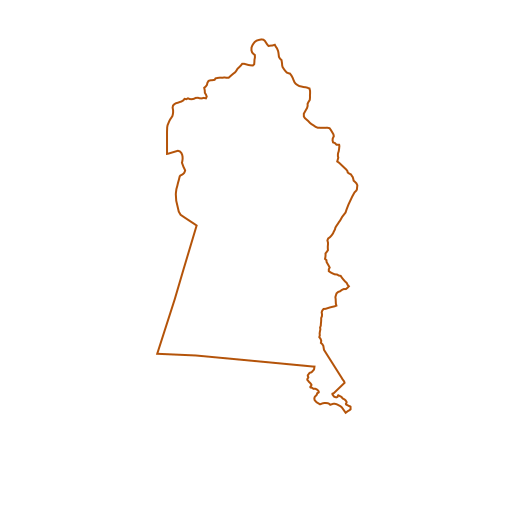 Su-Ngai Padi, Narathiwat, Thailand, rotated 147°
{"feature_id": "78962969B52628429870613", "entity_name": "Su-Ngai Padi", "entity_type": "district", "adm_level": 2, "iso_a3": "THA", "parent_name": "Thailand", "parent_adm1": "Narathiwat", "projection": "mercator", "projection_center": [101.895, 6.128], "detail": "fine", "context": "isolated", "style": "outline", "palette": "amber", "viewbox_px": 512, "rotation_deg": 147, "n_neighbors": 0, "source": "geoboundaries", "source_scale": "gbopen_adm2", "svg_char_len": 5928}
<svg xmlns="http://www.w3.org/2000/svg" viewBox="0 0 512 512"><g transform="rotate(147 256 256)"><path d="M125.7,304.0L127.9,305.5L128.3,307.7L129.5,309.3L128.8,311.3L127.6,312.8L125.5,314.1L124.8,315.9L124.7,317.8L124.6,321.1L124.7,323.1L126.3,324.7L128.4,326.0L130.9,327.6L134.4,330.0L135.7,331.9L136.6,334.2L137.7,336.5L138.3,338.4L138.7,340.8L139.4,343.2L139.9,345.0L139.9,346.9L138.4,349.3L134.2,351.5L132.6,352.3L130.9,353.8L129.9,355.5L128.3,356.5L125.9,357.6L124.4,359.5L123.2,361.4L121.9,363.2L120.7,365.1L119.9,367.4L120.6,368.1L121.1,369.0L122.5,370.5L124.0,371.7L125.6,373.4L127.2,375.0L128.2,377.0L128.9,378.8L129.1,380.6L128.7,383.1L128.2,385.6L128.0,388.1L128.2,390.6L129.0,391.3L130.3,393.1L130.7,395.7L130.8,397.7L130.8,400.0L130.2,401.7L129.3,403.3L127.9,406.4L128.4,408.5L128.3,410.5L126.5,414.2L125.8,416.0L125.3,418.8L125.4,421.0L125.2,422.9L127.6,423.6L129.4,424.6L131.1,425.3L131.4,427.4L131.4,431.7L132.0,433.4L133.5,434.7L136.1,435.7L138.2,436.3L140.5,436.2L142.5,435.5L144.4,434.6L146.3,433.2L147.8,431.0L148.4,428.8L148.1,427.0L147.5,425.2L148.7,423.2L150.5,421.3L151.6,419.7L153.1,417.8L154.9,417.5L156.5,418.7L158.3,420.3L161.2,423.6L162.9,424.7L165.0,424.0L167.3,423.5L169.5,423.1L171.8,422.0L173.6,421.4L175.5,421.3L178.0,421.0L180.0,420.7L181.8,420.4L183.6,421.5L185.3,423.0L187.1,423.8L188.9,425.1L190.9,426.1L193.2,427.0L194.8,426.3L196.8,427.2L198.6,428.2L200.4,428.7L202.3,427.8L204.0,426.2L205.9,425.5L207.8,425.3L208.8,422.8L210.0,420.7L210.1,418.4L210.5,416.6L212.1,415.5L213.8,417.1L215.6,417.7L217.2,418.8L218.5,420.3L220.4,421.4L222.6,421.7L224.5,422.5L226.1,423.7L227.2,425.3L229.0,425.4L230.3,426.7L232.2,426.1L234.5,426.2L236.2,426.7L238.1,427.1L239.8,427.7L241.7,427.8L243.6,427.4L245.1,425.9L246.2,423.3L247.3,421.6L248.5,420.2L249.9,418.9L251.9,418.0L253.6,417.3L255.2,416.4L257.4,414.9L259.0,413.8L260.4,412.3L261.8,410.3L263.0,408.6L275.0,390.1L274.1,389.7L264.2,386.8L262.9,385.2L262.5,383.1L262.8,381.1L263.5,379.3L264.6,377.5L266.2,375.6L267.3,374.6L268.3,370.2L268.4,369.1L268.8,366.4L269.6,365.7L271.0,364.8L272.5,364.5L274.1,364.5L275.5,364.7L276.5,364.4L277.2,363.8L279.2,361.9L281.5,359.9L283.9,357.6L286.3,355.5L288.6,352.8L289.6,351.5L292.8,345.8L296.6,335.3L296.8,331.6L294.6,326.4L291.9,320.2L290.3,316.6L289.2,313.9L324.5,283.9L347.7,264.0L392.1,227.8L360.6,205.3L268.6,132.4L267.2,131.4L268.6,129.8L269.2,129.2L269.5,129.1L271.7,128.5L272.5,128.3L273.0,128.3L273.4,128.4L273.8,128.6L274.1,128.7L274.7,128.7L275.2,128.6L275.5,128.6L275.9,128.4L276.7,128.0L277.3,127.9L277.5,127.8L277.7,127.6L277.9,127.1L278.0,126.8L278.1,126.0L278.2,125.7L278.3,125.6L278.5,125.5L279.7,125.0L280.1,124.7L280.3,124.4L280.4,124.2L280.4,123.9L280.3,123.5L280.2,122.7L280.2,122.1L280.2,121.8L280.0,121.1L279.8,120.3L279.7,119.7L279.6,118.5L279.6,117.9L279.7,117.7L280.0,117.4L280.8,117.0L281.5,116.8L281.8,116.6L281.9,116.4L281.9,116.1L281.8,115.9L281.2,115.4L281.0,115.2L280.8,115.0L280.3,113.7L280.1,113.3L279.9,113.1L279.7,113.0L279.4,112.9L279.0,112.7L278.9,112.6L278.6,112.4L277.8,111.2L277.6,110.7L277.5,110.4L277.4,110.1L277.3,109.7L277.2,108.8L277.2,108.4L277.3,108.1L277.4,107.8L277.5,107.6L277.9,107.4L278.2,107.4L278.4,107.4L278.9,107.5L279.1,107.6L279.4,107.5L279.5,107.5L279.7,107.3L280.4,106.7L280.6,106.6L280.8,106.5L281.2,106.3L281.5,106.3L283.2,105.9L283.6,105.7L284.0,105.4L284.7,104.7L284.8,104.4L285.1,103.8L285.2,103.6L285.3,103.0L285.2,102.4L285.0,101.2L284.9,100.5L284.5,99.6L283.3,97.2L283.2,96.9L282.9,96.7L282.3,96.6L281.7,96.4L281.0,96.3L280.5,96.2L279.3,95.7L278.9,95.6L278.4,95.3L276.9,94.2L276.4,93.8L276.1,93.5L275.9,93.3L275.7,93.1L275.5,92.8L274.9,91.6L274.9,91.3L274.8,90.8L272.1,90.1L271.8,90.0L270.8,89.5L270.6,89.3L270.2,88.9L269.5,88.2L269.1,87.7L268.6,86.9L267.3,84.6L266.9,83.8L266.7,83.1L266.5,82.5L266.4,81.6L266.4,81.0L266.2,75.7L263.4,75.9L262.6,75.8L262.1,75.8L260.7,75.8L260.4,75.9L260.1,76.0L259.4,77.2L258.9,77.9L258.8,78.1L258.8,78.3L258.9,78.5L259.1,78.9L259.9,79.8L260.3,80.7L261.2,82.1L261.3,82.4L261.3,82.6L261.2,82.9L261.1,83.1L260.1,83.6L259.8,83.8L259.7,84.0L259.5,84.4L259.5,84.9L259.5,85.8L259.5,86.2L259.6,86.5L259.8,87.2L260.1,87.9L260.5,88.6L260.8,89.0L260.8,89.3L260.9,89.6L261.0,89.8L261.0,91.0L261.2,91.5L261.5,92.0L262.1,93.1L262.8,94.2L262.8,94.3L263.1,94.4L264.2,93.6L264.3,93.5L264.5,93.5L264.8,93.5L265.2,93.6L265.6,93.7L265.9,94.0L266.3,94.4L266.7,94.9L267.0,95.3L267.1,95.6L267.2,95.9L267.2,96.6L267.3,98.0L267.2,98.3L267.1,98.7L266.9,98.9L265.4,98.6L252.5,101.1L250.8,101.4L250.4,102.8L250.6,106.3L250.5,106.5L250.1,140.2L249.3,142.1L248.5,143.9L248.4,145.9L248.9,147.8L247.5,149.3L247.0,151.2L247.1,153.5L245.7,154.7L244.8,156.4L243.5,157.9L242.0,159.4L241.2,161.1L239.6,162.3L238.5,163.8L237.3,165.3L236.2,166.8L235.1,168.5L233.5,169.6L232.4,171.1L231.6,173.0L230.2,174.1L228.2,174.8L226.4,173.8L222.0,172.6L219.7,171.8L217.6,171.0L215.6,170.6L215.0,172.5L212.7,176.4L211.8,178.3L210.3,179.6L208.8,180.8L206.6,181.1L204.7,180.6L202.7,180.8L200.4,180.5L198.6,179.3L196.7,179.5L194.6,180.0L194.9,181.9L194.6,184.0L195.2,186.3L195.6,189.0L195.8,191.3L195.8,193.2L197.2,194.5L198.1,196.3L200.0,197.8L201.2,199.6L202.3,201.5L203.2,203.6L202.2,205.2L200.5,206.2L200.3,208.4L200.2,210.4L200.1,212.4L199.2,214.2L199.7,216.0L198.4,217.3L197.3,218.7L196.3,220.3L194.2,221.0L192.5,221.7L191.6,223.3L190.6,224.9L189.4,226.4L188.4,227.9L187.6,230.2L185.9,231.4L183.7,231.5L181.4,232.1L179.1,233.0L177.6,234.0L175.3,235.3L173.9,236.6L171.8,237.6L169.6,238.5L167.9,239.3L166.2,239.9L162.4,241.9L157.2,243.7L154.7,245.7L150.4,248.8L143.0,253.4L140.4,254.8L138.7,255.7L136.3,256.2L135.2,256.8L132.5,260.1L132.2,262.2L132.6,264.2L133.1,266.0L132.5,267.5L131.9,269.5L132.0,271.3L131.9,272.6L133.2,274.9L133.6,276.1L133.1,277.3L133.2,279.3L135.6,289.2L136.4,291.0L134.6,292.6L133.4,293.7L133.0,295.0L132.1,296.4L131.2,297.5L129.6,298.8L127.8,300.8L126.2,302.8L125.7,304.0Z" fill="none" stroke="#b45309" stroke-width="2"/></g></svg>